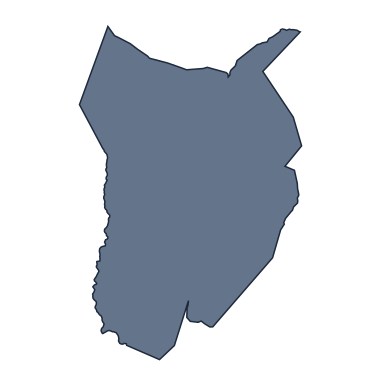 the district of Santos Reyes Pápalo, Oaxaca, Mexico, rotated 269°
{"feature_id": "50627088B34402945572854", "entity_name": "Santos Reyes Pápalo", "entity_type": "district", "adm_level": 2, "iso_a3": "MEX", "parent_name": "Mexico", "parent_adm1": "Oaxaca", "projection": "albers", "projection_center": [-96.887, 17.792], "detail": "fine", "context": "isolated", "style": "filled", "palette": "slate", "viewbox_px": 384, "rotation_deg": 269, "n_neighbors": 0, "source": "geoboundaries", "source_scale": "gbopen_adm2", "svg_char_len": 3295}
<svg xmlns="http://www.w3.org/2000/svg" viewBox="0 0 384 384"><g transform="rotate(269 192 192)"><path d="M211.9,294.8L216.1,285.4L236.2,302.4L265.0,294.6L311.3,264.9L350.2,303.0L350.6,301.8L351.9,299.9L352.6,295.8L352.5,294.1L353.1,292.1L352.0,289.4L352.8,288.0L353.4,285.2L352.7,283.3L351.0,282.9L345.7,275.2L344.2,271.7L340.7,269.7L339.9,264.7L338.9,263.0L338.3,259.9L322.7,239.4L317.3,237.5L313.3,233.2L311.1,232.1L308.3,231.9L306.4,230.2L309.3,230.0L310.9,228.1L316.4,209.4L315.3,205.5L314.3,188.7L316.1,184.1L316.9,182.0L321.4,169.9L326.5,151.8L328.7,149.9L335.7,140.0L341.3,133.0L347.6,121.4L349.6,117.3L359.0,110.8L281.3,81.0L237.4,103.4L236.3,104.1L235.7,104.7L234.5,104.9L233.6,105.5L232.2,106.7L230.9,107.7L229.7,107.8L228.7,108.1L227.5,108.2L226.6,108.0L225.4,107.5L224.1,107.5L223.0,107.2L221.4,106.9L220.4,106.9L219.1,107.0L218.0,107.2L217.3,106.9L216.6,106.4L215.8,106.2L214.8,106.4L213.7,107.0L212.9,107.3L212.3,107.5L211.4,107.5L210.8,107.8L209.8,107.5L208.9,106.8L207.8,106.4L206.8,106.4L206.0,106.6L205.8,106.9L205.6,107.3L205.1,107.3L204.1,106.7L202.4,105.9L200.3,104.5L198.6,104.9L197.3,104.4L196.4,104.1L195.5,104.0L194.7,104.3L193.7,104.4L192.8,104.2L191.6,104.6L190.6,104.5L189.3,103.9L188.5,103.7L187.0,103.7L186.4,104.0L185.5,104.3L184.3,104.7L183.5,104.7L182.4,104.6L181.7,104.4L181.0,104.3L180.5,104.5L180.0,104.7L179.4,104.6L178.2,104.4L177.4,104.7L176.5,105.1L175.7,106.0L174.9,106.5L173.4,106.7L172.8,107.1L172.2,107.5L171.5,108.2L170.9,108.7L170.4,109.2L169.4,109.4L168.2,109.1L167.5,108.3L166.4,108.0L165.2,108.0L164.5,108.1L163.7,108.0L162.8,107.9L161.4,107.4L160.3,107.1L159.5,106.8L158.5,106.1L157.8,105.7L157.2,104.8L156.4,104.1L155.5,103.8L154.0,103.8L153.0,104.3L151.8,105.5L150.1,105.7L149.6,105.9L149.3,106.4L148.9,106.9L148.1,107.1L147.4,107.1L146.2,106.1L145.7,104.7L143.3,103.7L141.6,104.6L140.6,104.6L139.7,104.3L139.0,101.1L138.2,99.7L136.8,98.7L135.3,98.4L134.1,98.4L132.9,98.6L131.9,98.9L130.4,98.9L129.0,98.6L128.3,98.8L125.3,98.8L124.6,98.6L124.4,97.3L124.3,95.9L123.8,95.5L122.0,95.8L120.7,95.8L119.5,95.1L118.6,95.1L115.4,97.2L114.1,97.5L112.0,96.2L109.3,94.9L106.2,92.7L104.9,92.9L103.2,94.6L102.2,95.1L101.5,94.9L101.3,93.9L100.6,92.6L98.9,91.2L96.9,92.6L95.9,93.1L94.7,92.6L93.8,92.3L91.6,90.8L90.8,91.1L88.9,91.0L87.2,91.3L86.7,91.8L85.7,92.5L84.2,94.2L83.5,94.4L81.6,94.4L80.3,93.9L79.6,93.4L78.4,93.1L77.2,93.4L76.5,94.1L75.2,94.6L74.0,94.8L73.3,95.8L71.8,96.7L70.6,97.7L70.1,98.4L69.8,98.9L68.8,99.4L67.4,99.9L65.4,99.8L63.5,100.6L61.8,101.8L60.8,101.5L59.6,101.2L58.6,100.7L57.6,99.7L56.4,99.0L55.2,98.7L53.8,99.0L52.5,99.7L52.0,100.4L52.8,101.7L53.5,103.1L54.4,104.6L54.9,105.8L54.9,107.1L54.4,108.5L53.6,110.2L53.6,111.5L53.1,112.4L52.7,113.7L51.2,114.7L49.7,115.7L47.8,116.1L46.5,116.3L45.2,116.0L44.2,116.0L42.9,116.6L41.9,117.2L41.4,118.2L41.2,119.0L41.1,120.3L41.8,121.5L41.4,123.7L39.8,124.0L25.0,156.6L38.8,171.7L83.5,186.6L79.2,186.1L76.1,185.1L66.7,184.6L62.7,188.0L61.6,195.9L62.8,198.9L59.8,202.7L56.8,207.4L56.8,210.4L124.8,271.4L152.7,280.0L152.8,280.1L158.2,283.7L159.8,283.2L161.1,283.8L164.0,285.1L170.9,291.0L171.9,292.1L175.3,293.3L179.1,297.3L181.4,297.6L184.1,297.2L186.9,298.7L188.3,298.6L189.3,298.4L193.8,297.6L197.2,297.5L198.9,297.4L211.9,294.8Z" fill="#64748b" stroke="#1e293b" stroke-width="1.5"/></g></svg>